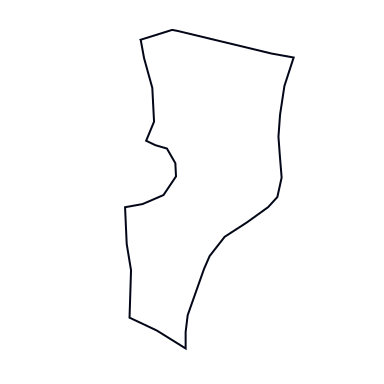 the district of Guéra, Guéra, Chad, rotated 13°
{"feature_id": "50815135B83117027765697", "entity_name": "Guéra", "entity_type": "district", "adm_level": 2, "iso_a3": "TCD", "parent_name": "Chad", "parent_adm1": "Guéra", "projection": "robinson", "projection_center": [18.747, 12.012], "detail": "fine", "context": "isolated", "style": "outline", "palette": "ink", "viewbox_px": 384, "rotation_deg": 13, "n_neighbors": 0, "source": "geoboundaries", "source_scale": "gbopen_adm2", "svg_char_len": 632}
<svg xmlns="http://www.w3.org/2000/svg" viewBox="0 0 384 384"><g transform="rotate(13 192 192)"><path d="M107.7,55.2L107.8,55.3L115.2,72.4L129.9,99.5L139.2,132.0L135.8,152.4L145.7,154.6L157.8,155.3L169.3,167.7L172.9,180.4L164.9,201.4L146.5,214.9L130.2,221.9L136.6,244.9L140.1,257.4L150.2,282.0L159.4,328.5L188.9,334.9L221.0,345.9L217.3,329.9L216.4,321.4L215.5,313.0L221.0,264.4L223.6,250.4L233.9,228.3L252.5,209.1L269.6,189.6L276.3,177.7L276.1,157.8L269.3,136.5L263.8,118.7L260.4,96.8L258.2,67.9L260.8,38.1L238.5,39.2L238.4,39.2L141.8,38.3L141.6,38.3L136.2,38.5L107.7,55.2Z" fill="none" stroke="#020617" stroke-width="2"/></g></svg>